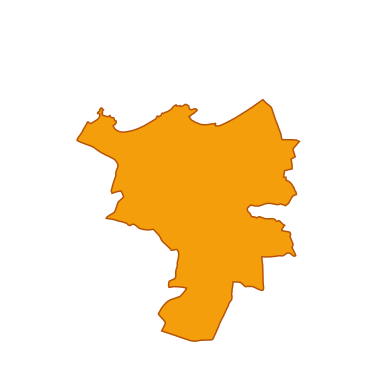 Hoang Mai, Nghệ An, Vietnam, rotated 228°
{"feature_id": "81297802B46675680885513", "entity_name": "Hoang Mai", "entity_type": "district", "adm_level": 2, "iso_a3": "VNM", "parent_name": "Vietnam", "parent_adm1": "Nghệ An", "projection": "mercator", "projection_center": [105.717, 19.266], "detail": "fine", "context": "isolated", "style": "filled", "palette": "amber", "viewbox_px": 384, "rotation_deg": 228, "n_neighbors": 0, "source": "geoboundaries", "source_scale": "gbopen_adm2", "svg_char_len": 6057}
<svg xmlns="http://www.w3.org/2000/svg" viewBox="0 0 384 384"><g transform="rotate(228 192 192)"><path d="M313.9,161.3L313.0,158.9L312.1,156.0L310.8,152.1L310.1,150.5L309.3,147.3L308.8,144.6L308.2,142.5L307.6,141.4L307.3,141.3L306.6,141.3L305.8,141.6L301.6,143.5L293.3,147.9L290.7,148.9L289.6,149.1L287.5,149.5L282.4,150.8L277.3,152.6L274.5,153.9L269.0,155.9L268.3,156.1L267.1,156.2L266.0,156.2L265.2,156.1L263.0,155.7L262.1,155.3L261.1,154.5L260.0,153.2L258.1,149.4L257.6,148.7L257.2,148.3L255.4,146.6L254.6,145.5L252.3,141.2L250.1,137.6L247.2,133.1L246.5,132.6L246.0,132.4L245.2,132.0L244.5,131.7L242.6,136.2L240.7,139.2L240.2,140.0L237.4,139.2L234.8,138.3L234.3,138.0L234.1,137.7L234.0,137.0L234.0,131.9L233.9,130.7L233.5,129.5L230.3,123.9L229.4,122.1L228.9,121.1L228.9,120.3L230.2,113.4L230.2,111.7L229.8,110.6L225.3,114.4L222.5,116.3L220.0,117.7L219.3,118.2L218.5,118.7L217.1,119.8L212.5,122.5L210.4,122.5L209.7,122.8L208.9,123.2L208.5,123.6L208.3,123.9L208.2,124.6L208.2,125.5L208.0,126.0L207.7,126.3L207.3,126.8L206.7,127.3L204.3,127.9L201.0,128.4L200.0,128.7L199.3,129.1L198.5,129.6L196.6,130.9L194.7,132.5L192.6,134.6L190.9,137.3L190.5,137.9L190.0,138.2L189.3,138.4L182.2,138.5L179.1,138.0L176.6,137.1L173.9,137.0L173.5,137.1L168.8,137.5L164.8,137.8L162.9,137.6L162.6,137.6L161.5,138.9L159.9,141.9L159.5,142.2L158.8,142.3L157.2,142.0L156.0,141.5L153.9,139.8L151.6,137.1L149.6,134.0L147.7,132.3L146.8,131.4L146.2,130.7L145.2,128.6L143.3,126.2L140.6,123.8L139.9,123.2L139.4,122.3L139.2,121.7L139.2,120.9L139.9,118.8L140.9,115.4L140.7,114.9L138.8,112.5L137.0,111.2L136.7,111.2L136.1,111.5L134.0,115.0L131.2,117.9L128.1,120.8L125.1,123.1L124.2,123.6L123.3,121.0L122.7,117.4L122.4,113.4L122.8,112.2L125.1,106.6L125.9,104.9L126.4,103.6L127.0,100.7L127.0,98.5L126.5,93.9L125.9,91.2L124.9,88.2L124.1,85.7L123.8,85.4L123.5,85.3L123.0,85.2L115.7,85.2L113.0,85.0L112.5,84.5L111.7,83.2L110.6,80.6L109.1,76.5L104.8,78.9L96.7,83.5L92.4,85.8L82.4,91.5L80.1,93.4L79.6,93.9L79.2,94.4L78.4,95.3L76.1,99.1L73.5,102.3L69.5,107.0L68.7,108.4L68.7,108.6L68.7,109.2L68.9,109.6L71.1,114.7L74.2,121.6L76.0,125.0L77.4,128.4L79.0,132.8L80.0,135.1L82.1,140.0L82.9,142.2L84.7,145.5L84.9,146.2L85.0,147.1L85.6,149.6L87.5,151.8L88.9,152.6L90.3,153.8L91.2,155.1L92.8,156.6L94.6,159.0L97.7,162.3L95.1,165.2L92.3,167.6L92.2,167.6L86.3,168.2L85.8,168.5L85.5,168.8L84.5,170.3L81.2,173.8L75.3,176.3L72.7,177.6L72.3,177.9L71.9,178.4L71.7,178.7L71.7,179.1L71.7,179.5L72.0,179.8L72.6,180.9L76.3,183.6L78.3,185.2L81.0,187.6L90.3,195.5L95.6,199.3L97.1,200.6L95.0,202.7L91.7,206.5L90.3,208.3L88.2,211.2L86.7,213.6L85.7,214.8L84.2,216.3L83.7,216.9L83.7,217.1L83.4,218.6L83.0,221.5L82.7,222.1L82.3,222.7L81.7,223.2L81.3,223.5L80.6,223.9L76.9,224.5L76.3,224.7L75.9,225.0L75.5,225.6L75.3,226.5L77.7,227.5L83.8,229.1L84.8,231.3L85.6,232.1L86.0,232.4L86.8,232.7L92.5,234.7L93.2,235.0L94.5,236.9L95.1,237.3L96.3,237.7L96.6,237.7L96.9,237.6L97.9,237.0L102.8,233.2L103.2,233.0L103.7,233.1L104.7,235.7L104.8,236.7L105.2,237.0L105.2,238.6L107.5,237.9L111.4,237.8L112.6,237.5L113.0,235.9L113.7,235.2L116.6,235.2L119.0,233.2L121.8,229.9L122.9,228.7L125.9,227.0L128.1,226.0L128.9,225.0L129.7,222.5L131.5,221.9L132.2,221.5L133.1,220.1L134.1,219.9L135.0,220.2L136.9,220.7L139.1,220.6L140.2,220.5L140.9,220.8L141.6,221.3L141.9,221.5L142.8,222.0L143.0,222.8L143.0,223.7L143.1,226.8L139.1,229.8L137.3,231.8L136.4,233.1L134.0,239.1L133.4,239.9L131.5,242.3L125.5,246.9L124.3,248.7L123.8,250.0L119.2,252.4L119.0,256.3L120.4,260.1L121.1,262.3L121.5,263.7L121.2,265.7L120.2,267.9L122.3,269.2L124.7,269.6L126.7,270.5L130.8,271.3L134.0,271.3L136.6,270.5L137.8,269.8L140.1,271.7L141.9,270.1L145.9,275.1L142.2,281.9L144.7,284.1L148.7,286.8L150.1,287.6L149.1,292.3L155.4,295.1L156.3,296.0L156.6,297.2L156.9,299.0L157.7,305.7L160.6,304.4L163.7,301.5L170.6,294.0L171.5,294.3L176.0,297.0L180.7,298.8L185.9,301.0L186.7,301.1L189.8,302.4L200.8,307.2L201.8,307.5L203.6,307.5L208.8,306.6L213.2,306.5L214.8,293.3L215.7,287.3L218.1,273.4L220.4,264.3L222.2,258.4L222.7,257.3L223.4,255.9L224.4,254.7L224.9,254.1L225.4,253.9L225.8,253.8L226.3,254.0L226.5,254.5L226.7,255.0L226.9,255.3L227.4,255.3L227.7,255.0L227.8,254.3L228.1,253.7L229.0,252.8L229.9,251.4L232.8,247.1L235.3,244.6L237.2,243.3L240.0,241.9L242.2,240.8L243.9,240.5L245.3,239.9L246.3,239.7L250.2,240.3L249.7,241.4L249.7,242.4L249.7,243.4L249.7,244.1L249.3,245.5L249.2,246.8L249.3,249.1L249.2,249.9L249.3,250.5L249.8,250.8L251.0,250.6L251.9,249.8L252.8,248.3L253.4,246.8L253.9,246.2L255.5,245.8L256.3,246.0L257.4,246.7L258.4,247.0L259.4,246.8L260.6,246.4L261.3,246.0L261.7,245.3L261.9,244.0L262.2,242.6L262.8,241.2L263.2,240.9L263.6,240.8L264.1,241.0L264.3,240.7L264.9,239.6L265.4,238.9L265.8,238.5L266.4,238.3L266.9,238.6L267.4,238.5L267.6,238.0L267.6,237.0L267.8,236.2L268.0,235.2L267.7,234.3L267.5,232.8L267.4,231.5L268.2,227.2L268.7,226.4L269.1,225.7L269.3,224.8L269.3,223.9L269.5,223.3L270.2,223.0L270.5,222.7L270.5,222.2L270.3,221.5L269.8,220.7L269.8,219.8L270.0,218.1L270.3,217.6L271.1,217.5L271.6,217.1L271.6,216.6L271.5,215.9L270.9,215.2L270.5,214.2L271.8,207.5L273.2,200.7L275.1,194.5L276.3,191.5L278.1,187.6L281.4,182.4L282.7,180.7L284.6,179.0L286.5,178.0L288.0,177.4L289.7,177.0L291.2,177.0L293.3,177.4L293.8,177.7L294.1,178.1L294.0,178.7L293.7,179.7L293.7,180.2L294.0,180.8L294.0,181.3L294.1,182.0L295.0,182.7L295.8,183.1L296.1,182.9L296.5,182.6L297.3,182.5L298.5,183.2L299.3,183.4L299.8,183.3L300.3,182.9L300.7,182.2L301.2,181.9L302.2,181.8L302.8,181.9L303.3,182.2L303.7,182.3L303.8,181.9L303.8,181.2L303.7,180.7L304.0,180.2L305.6,178.9L307.7,177.6L308.8,177.2L309.7,177.1L310.4,177.2L310.5,177.5L310.5,178.1L310.6,178.5L311.5,178.8L311.8,179.2L312.3,180.8L312.4,181.3L312.9,181.3L313.7,181.0L314.9,181.1L315.3,180.7L315.2,179.7L315.0,178.5L314.4,178.1L314.0,177.2L314.1,176.3L314.2,175.4L314.0,174.8L313.6,174.4L313.1,174.8L312.6,175.3L312.1,175.4L311.2,175.1L310.3,174.3L309.6,173.1L309.2,171.7L309.2,170.1L310.0,165.2L310.4,163.5L310.6,162.8L311.1,162.2L312.0,161.9L313.3,161.8L313.9,161.3Z" fill="#f59e0b" stroke="#b45309" stroke-width="1.5"/></g></svg>